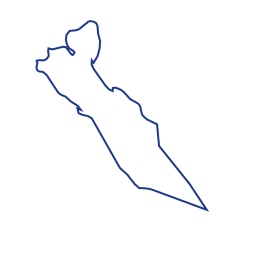 outline of Suðurnes, rotated 53°
{"feature_id": "ISL-704", "entity_name": "Suðurnes", "entity_type": "Independent Town", "adm_level": 1, "iso_a3": "ISL", "parent_name": "Iceland", "parent_adm1": "", "projection": "natural_earth1", "projection_center": [-22.463, 63.949], "detail": "fine", "context": "isolated", "style": "outline", "palette": "blue", "viewbox_px": 256, "rotation_deg": 53, "n_neighbors": 0, "source": "natural_earth", "source_scale": "10m", "svg_char_len": 1146}
<svg xmlns="http://www.w3.org/2000/svg" viewBox="0 0 256 256"><g transform="rotate(53 128 128)"><path d="M182.7,155.2L177.0,156.4L168.5,156.6L165.6,156.5L154.9,158.5L98.6,151.1L94.2,152.9L90.4,156.3L86.5,158.5L82.0,156.6L85.0,154.8L80.1,154.8L72.3,157.7L65.6,158.9L61.6,161.2L59.3,162.1L57.1,162.4L36.9,161.1L32.3,162.1L31.3,162.9L30.2,164.1L28.9,165.2L27.3,165.7L24.7,164.8L21.6,161.3L19.3,160.5L20.6,157.7L22.2,156.0L23.5,154.2L23.8,151.1L22.9,148.2L21.2,146.9L18.9,145.8L16.6,143.6L19.8,140.9L24.0,131.1L25.9,129.0L35.1,128.9L36.5,128.1L35.6,125.3L33.5,125.3L28.7,127.1L24.7,126.5L20.3,124.6L16.7,121.2L15.3,116.2L18.5,111.0L19.4,108.8L19.6,105.8L19.3,100.1L19.4,97.7L19.1,95.5L20.4,93.2L22.6,91.4L25.2,90.3L28.2,91.0L34.5,95.0L41.7,97.9L47.3,102.7L52.4,109.2L55.2,116.2L52.2,116.2L55.6,119.0L60.7,119.9L81.0,120.5L86.0,119.8L89.2,118.0L86.9,116.0L88.2,113.8L91.0,111.9L93.5,110.6L96.5,109.8L106.4,108.8L114.0,105.5L116.3,105.0L118.9,105.6L124.3,108.2L127.0,108.8L132.5,107.7L142.6,102.6L161.0,114.0L182.9,113.3L209.9,112.5L240.7,114.4L190.5,146.7L186.8,150.3L182.7,155.1L182.7,155.2Z" fill="none" stroke="#1e3a8a" stroke-width="2"/></g></svg>